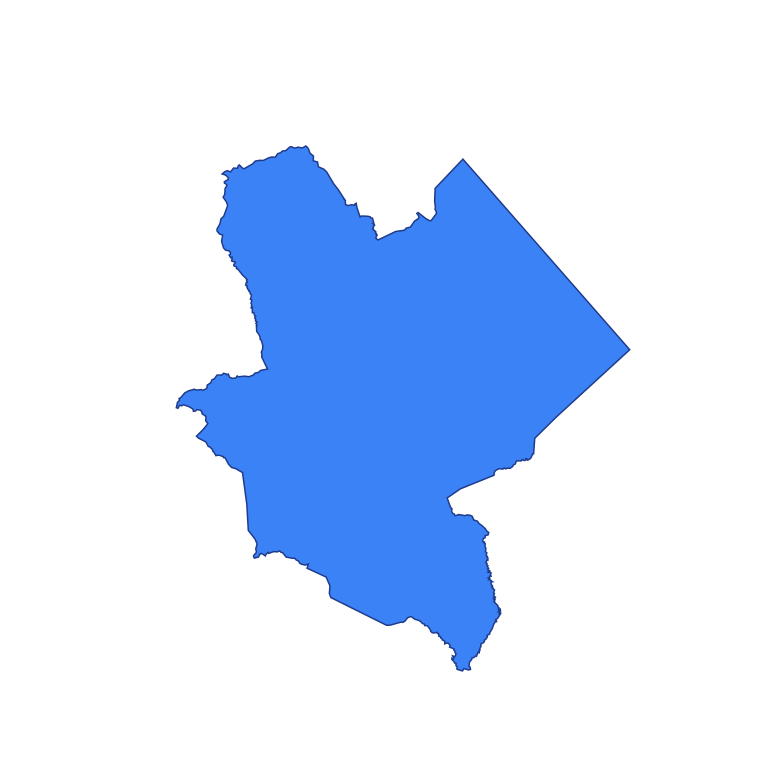 the district of Molumbo, Zambezia, Mozambique, rotated 135°
{"feature_id": "85939544B56224707964526", "entity_name": "Molumbo", "entity_type": "district", "adm_level": 2, "iso_a3": "MOZ", "parent_name": "Mozambique", "parent_adm1": "Zambezia", "projection": "robinson", "projection_center": [36.267, -15.679], "detail": "fine", "context": "isolated", "style": "filled", "palette": "blue", "viewbox_px": 768, "rotation_deg": 135, "n_neighbors": 0, "source": "geoboundaries", "source_scale": "gbopen_adm2", "svg_char_len": 6171}
<svg xmlns="http://www.w3.org/2000/svg" viewBox="0 0 768 768"><g transform="rotate(135 384 384)"><path d="M506.7,126.6L505.7,127.4L505.8,128.1L504.1,128.0L503.5,129.2L501.1,129.8L499.4,131.7L496.6,130.7L495.0,131.0L494.2,132.0L492.7,131.5L489.9,132.0L488.9,133.3L486.1,132.5L484.7,133.5L480.7,134.4L476.6,136.4L473.2,137.2L472.5,136.4L471.9,137.0L472.4,137.9L471.9,138.3L469.0,138.0L463.5,139.3L463.5,139.9L464.6,140.2L463.3,140.9L464.0,141.8L462.8,141.4L462.7,143.1L461.8,143.2L461.7,141.7L460.9,142.7L462.2,143.9L460.9,144.5L461.0,146.0L460.2,146.8L460.2,152.2L459.1,152.2L458.8,154.1L458.3,154.3L458.5,153.4L457.9,153.2L457.7,155.3L456.7,154.8L457.0,154.2L456.0,154.4L456.3,156.6L454.1,157.8L454.2,158.8L451.4,160.3L451.7,162.8L451.2,162.7L451.0,163.9L450.3,164.3L450.8,164.7L450.1,164.9L449.7,166.9L448.3,168.1L447.3,167.5L447.7,168.4L447.1,168.9L447.8,170.0L446.9,171.4L448.1,171.7L447.1,172.2L447.4,173.2L445.9,172.7L444.9,173.4L444.2,172.5L443.5,173.9L441.9,174.6L442.0,175.8L443.4,177.1L441.4,177.1L441.6,177.9L442.6,177.8L442.2,178.7L441.5,178.9L441.4,180.0L440.4,179.7L439.9,182.0L439.1,182.2L439.6,182.9L438.0,184.3L438.4,185.6L435.7,186.8L435.3,185.9L433.6,187.4L433.4,188.4L432.9,188.0L433.6,188.9L432.9,189.2L432.9,190.6L430.6,192.0L430.9,193.6L428.2,195.7L427.5,197.6L425.3,199.6L425.6,201.2L424.8,201.3L425.5,202.6L424.4,203.9L422.5,204.4L421.2,203.8L419.8,205.2L417.0,203.7L415.3,204.9L414.9,204.3L415.3,207.7L414.7,209.8L414.9,214.9L415.5,218.3L414.9,220.8L416.7,224.5L415.2,228.0L415.8,230.1L417.9,232.8L419.6,233.4L423.4,238.8L426.6,240.3L426.8,241.2L426.2,242.2L426.8,243.3L426.7,245.3L425.6,246.8L424.3,247.4L424.0,250.1L419.9,258.8L403.9,255.8L370.7,241.7L368.6,243.4L366.5,244.0L362.7,242.9L360.1,239.8L358.3,239.6L358.0,237.9L356.3,237.3L354.5,235.2L351.3,234.7L349.7,235.3L347.7,234.6L344.9,236.0L341.1,232.5L339.7,232.9L339.1,230.8L337.7,230.1L336.5,230.9L335.9,230.1L336.5,229.2L336.2,228.5L333.2,227.7L329.3,228.9L328.6,229.6L327.6,228.8L315.8,239.0L285.0,238.8L186.0,234.5L169.2,487.2L209.5,486.2L218.8,477.6L222.4,473.0L224.5,471.3L224.6,469.9L226.3,467.5L235.2,466.2L236.3,467.2L237.5,471.6L238.6,481.1L240.2,481.4L240.6,478.4L242.4,476.6L247.1,477.6L254.4,476.3L258.0,478.5L260.9,478.3L267.9,483.6L286.4,490.1L286.6,492.7L285.7,493.6L284.0,493.9L283.7,495.5L283.3,495.1L282.5,497.8L282.1,497.8L282.4,501.8L281.0,501.9L280.2,502.9L278.4,502.9L278.0,503.6L278.6,505.4L277.3,505.1L274.9,509.5L275.9,510.6L275.5,511.8L276.7,513.9L281.1,518.7L282.8,519.0L278.5,527.7L275.9,531.5L277.6,531.8L278.4,531.3L280.2,533.7L283.4,535.7L284.3,538.2L281.4,541.3L281.7,542.7L281.3,542.8L278.9,553.8L278.0,561.2L274.6,574.4L274.6,578.2L276.8,584.1L274.0,588.0L276.2,591.8L272.7,595.1L273.1,599.8L271.3,603.2L270.8,605.7L271.0,607.6L274.7,608.6L277.4,612.3L280.3,613.8L281.7,617.2L282.9,618.2L288.5,618.5L291.2,620.6L293.7,620.7L296.2,622.0L300.6,621.3L302.9,623.9L305.5,625.4L311.2,627.4L313.9,630.2L317.5,632.7L321.2,632.5L330.8,635.2L331.4,636.8L331.4,641.2L332.6,641.4L335.1,640.2L337.7,643.1L342.5,642.5L344.0,645.7L346.5,646.7L349.9,647.0L348.2,643.4L348.3,639.9L349.5,638.8L353.9,639.9L354.8,638.8L354.2,636.5L354.6,635.5L358.1,634.6L362.5,630.7L365.7,629.8L366.7,624.0L368.4,620.7L378.8,615.9L382.4,616.1L386.7,613.3L392.6,611.6L393.9,610.2L394.3,606.5L392.8,603.4L397.9,599.8L401.2,593.8L401.4,590.7L399.4,587.6L399.8,585.2L400.7,584.5L402.3,584.7L403.1,581.6L401.8,581.2L403.2,579.6L404.5,579.2L404.7,578.0L403.0,576.2L403.0,575.2L405.9,574.6L406.6,573.6L405.5,571.2L406.7,569.9L406.1,568.7L407.0,561.1L406.9,554.8L407.7,554.8L408.7,552.5L409.6,553.1L411.9,551.8L411.3,549.9L412.3,549.6L413.3,547.5L413.1,546.0L413.9,545.3L413.8,543.5L414.8,542.3L414.7,541.0L415.9,539.7L418.5,538.5L418.1,536.8L421.0,535.1L421.2,534.0L422.6,532.8L422.7,531.4L424.1,531.8L423.9,530.4L426.7,527.5L425.5,526.5L427.3,523.7L427.0,522.6L428.8,522.0L429.1,520.1L430.2,519.6L430.0,517.4L431.7,517.5L432.4,515.0L433.1,515.4L436.9,511.1L437.5,507.1L438.9,504.0L439.8,503.5L440.1,501.1L442.6,496.8L445.3,494.4L448.4,493.2L448.9,491.8L451.4,489.5L455.8,476.9L461.5,480.8L464.5,481.0L467.7,483.0L470.1,482.7L474.4,484.7L477.0,488.1L481.9,492.1L482.1,493.5L484.8,493.1L487.2,495.3L488.5,497.9L487.1,501.1L488.5,501.7L488.4,502.4L489.8,505.0L492.3,505.0L495.8,508.4L500.1,507.6L502.8,508.6L505.5,507.4L510.0,508.2L511.5,506.6L513.5,506.4L516.7,507.8L517.2,509.3L520.9,512.3L521.9,514.5L527.0,517.3L531.0,518.6L537.2,518.1L539.2,518.6L540.2,517.0L542.9,517.1L547.6,514.1L546.8,512.5L543.6,513.5L542.5,511.7L540.3,510.9L538.0,506.1L536.9,502.0L537.0,500.8L538.1,499.5L536.4,498.2L534.5,498.2L532.3,495.3L532.7,492.5L533.4,492.1L533.6,491.1L532.8,487.0L536.1,484.0L536.6,480.5L544.1,479.7L553.5,479.7L553.5,476.9L550.9,469.0L552.4,464.1L551.7,462.6L551.7,458.5L552.7,457.3L552.4,456.2L553.5,452.1L552.0,451.4L550.6,449.6L549.0,446.3L549.5,445.3L548.5,444.3L550.6,437.4L550.8,432.8L548.6,428.7L546.7,421.4L566.0,396.0L583.5,376.4L584.8,365.8L586.7,360.7L591.4,358.0L592.5,356.0L594.1,355.0L596.9,355.0L598.1,354.4L598.8,352.6L595.3,350.5L591.2,351.5L590.1,349.9L589.5,346.4L587.3,347.1L584.8,346.7L585.2,345.7L580.6,343.5L578.1,340.7L575.8,339.7L575.8,337.7L574.9,336.1L575.6,330.8L571.7,325.1L570.4,324.2L570.5,321.6L569.6,319.2L570.3,317.0L569.7,314.8L567.8,311.7L564.8,310.2L568.7,308.2L561.4,288.4L565.0,279.4L570.7,274.6L572.6,270.6L552.8,211.6L549.8,208.9L540.2,203.5L539.4,202.2L537.1,201.5L532.5,202.0L529.3,200.5L528.5,195.9L526.5,192.1L526.0,189.6L526.2,187.5L525.3,185.8L526.0,184.2L524.6,183.0L524.3,181.6L525.2,176.8L525.9,176.1L525.8,174.3L525.3,173.1L522.2,171.0L522.7,169.8L521.8,169.0L523.6,166.8L522.7,165.2L523.5,164.1L523.2,162.1L523.7,161.7L522.9,159.1L524.8,157.3L522.9,156.5L521.8,155.2L522.1,152.6L523.7,151.6L521.8,147.2L522.7,146.6L522.7,145.1L523.4,144.4L524.1,142.0L526.9,141.2L527.7,143.2L528.8,140.6L530.1,140.8L530.0,141.9L530.8,141.2L530.8,138.2L531.4,136.8L530.6,135.5L532.2,134.1L532.3,132.2L534.0,131.0L533.9,130.2L531.4,125.6L528.7,126.2L526.5,122.1L524.7,121.0L523.4,122.9L523.3,124.5L520.0,127.0L517.0,127.1L515.4,128.1L514.0,127.1L510.7,126.7L510.8,126.2L507.6,127.7L506.7,126.6Z" fill="#3b82f6" stroke="#1e3a8a" stroke-width="1.5"/></g></svg>